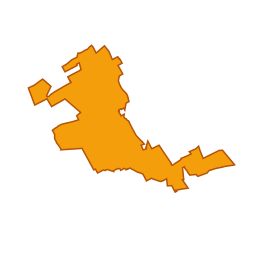 Teya, Yucatán, Mexico (Robinson projection), rotated 326°
{"feature_id": "50627088B95040904280046", "entity_name": "Teya", "entity_type": "district", "adm_level": 2, "iso_a3": "MEX", "parent_name": "Mexico", "parent_adm1": "Yucatán", "projection": "robinson", "projection_center": [-89.064, 21.057], "detail": "fine", "context": "isolated", "style": "filled", "palette": "amber", "viewbox_px": 256, "rotation_deg": 326, "n_neighbors": 0, "source": "geoboundaries", "source_scale": "gbopen_adm2", "svg_char_len": 3602}
<svg xmlns="http://www.w3.org/2000/svg" viewBox="0 0 256 256"><g transform="rotate(326 128 128)"><path d="M195.8,218.1L193.9,199.2L193.5,199.1L191.2,197.6L173.3,195.2L175.2,186.5L175.8,184.3L176.4,182.6L172.5,183.2L165.5,181.9L165.9,184.8L162.4,184.4L155.0,182.9L154.9,182.9L154.7,183.5L153.2,183.8L148.6,183.7L144.6,183.7L143.5,183.4L143.5,182.7L143.7,181.4L144.1,181.3L144.0,167.7L144.1,159.6L136.1,158.5L137.1,149.9L132.5,153.8L132.6,154.1L131.9,154.1L131.6,155.5L128.3,154.6L129.3,149.6L132.5,150.5L132.4,149.8L132.1,146.9L131.9,146.9L130.6,139.1L130.6,138.9L130.6,137.7L130.9,135.2L131.3,131.0L132.0,125.4L132.3,123.6L132.5,123.4L132.3,122.1L131.7,121.3L131.6,120.6L131.7,120.0L131.6,119.2L131.1,118.7L130.7,117.6L130.8,117.0L130.8,116.7L131.0,116.1L132.2,114.8L132.3,114.7L132.6,114.4L129.1,114.1L129.4,109.1L130.3,109.2L130.4,107.9L132.7,108.1L132.9,109.0L135.6,109.1L135.4,111.3L140.3,106.3L141.5,106.5L143.6,106.6L143.7,105.8L144.1,105.4L145.7,100.8L145.7,100.7L145.8,100.4L145.9,98.6L145.7,96.9L145.1,94.1L144.9,92.3L144.9,90.8L145.1,89.5L145.4,87.5L145.7,86.0L146.3,83.8L146.9,82.9L149.9,80.0L150.7,80.1L152.2,80.2L153.9,80.3L154.7,70.5L159.4,71.0L159.8,65.8L159.3,65.8L159.4,63.2L153.3,62.5L155.0,53.9L154.4,46.7L143.5,48.0L144.3,41.3L144.0,39.1L141.2,39.3L139.5,39.8L138.3,40.0L135.9,39.5L131.1,39.3L130.6,38.9L129.5,38.8L128.4,37.9L125.2,40.8L119.8,40.0L112.9,40.7L107.7,40.4L107.2,46.2L119.6,47.6L120.8,47.7L121.0,46.4L124.0,46.7L121.7,53.4L120.4,53.2L120.3,53.4L116.8,53.0L106.7,51.9L106.1,56.8L106.4,56.8L106.3,58.4L97.2,57.6L96.5,57.6L94.1,57.4L89.1,57.1L87.6,57.0L85.2,57.0L82.9,57.0L81.8,57.1L80.6,57.5L80.2,57.5L78.5,57.0L78.4,55.9L81.0,54.2L82.0,53.6L84.1,52.4L86.2,51.1L87.4,50.4L86.4,46.5L85.6,43.5L84.6,39.7L74.4,40.1L67.8,39.1L63.5,56.8L77.1,58.5L76.6,67.5L92.0,68.7L97.4,88.6L92.3,89.2L91.6,93.6L84.8,91.5L76.9,88.4L75.2,87.9L71.6,87.3L69.3,87.6L68.7,87.5L67.7,87.5L67.1,87.5L66.5,87.5L65.0,87.5L64.1,87.6L63.9,89.0L63.8,90.4L63.6,91.8L63.4,92.5L63.1,93.2L62.4,94.1L61.8,94.8L61.5,95.4L61.2,96.0L61.1,96.4L61.0,97.0L61.0,97.7L60.9,98.6L60.8,99.4L60.6,99.9L60.5,100.3L60.5,100.7L60.6,101.1L60.6,101.7L60.7,104.8L60.6,108.5L60.4,108.5L60.2,108.6L78.5,119.2L77.4,131.2L76.2,143.6L78.0,143.9L77.6,148.3L83.0,148.9L84.0,149.0L85.3,150.5L86.8,150.6L87.6,150.8L91.8,156.2L92.3,155.5L92.9,155.5L93.4,155.5L93.8,155.5L94.6,155.6L95.4,155.7L96.5,156.0L97.1,156.2L97.6,156.5L98.1,156.8L98.5,157.1L98.3,158.5L98.2,159.0L99.6,159.2L100.2,159.2L100.9,159.3L101.6,159.4L102.5,159.5L102.8,160.4L103.0,161.6L103.5,161.5L104.6,161.5L104.5,161.9L105.5,162.1L107.3,162.3L107.8,163.5L108.0,164.1L108.7,165.0L110.1,167.8L110.7,169.0L111.5,170.4L112.4,171.2L112.8,172.1L113.0,172.2L113.5,172.7L114.6,174.7L114.3,176.8L114.4,177.5L114.2,178.3L114.1,178.9L113.9,180.4L113.7,182.2L115.9,182.4L119.3,182.8L119.8,183.6L120.2,184.3L120.3,184.4L121.4,185.9L122.3,186.9L123.6,188.9L123.9,189.2L124.5,189.7L125.4,190.8L127.2,191.0L127.2,191.3L129.5,191.5L131.6,191.7L128.3,198.0L132.1,200.3L131.9,201.4L131.7,203.3L131.5,204.7L131.2,207.5L133.0,207.7L132.8,206.3L133.5,206.6L135.9,207.7L137.1,208.2L137.6,208.4L139.1,209.0L140.4,209.7L140.8,209.9L141.5,210.2L142.5,210.7L143.1,211.0L143.6,211.2L144.2,211.5L144.1,201.4L145.3,202.1L151.0,191.4L153.0,191.7L152.9,192.1L152.6,193.6L152.9,196.1L152.9,196.6L152.8,197.8L152.7,198.9L152.9,201.7L153.9,202.1L158.5,204.7L158.8,207.1L159.0,207.2L168.4,209.5L170.3,208.9L171.5,208.7L173.5,209.3L177.7,210.5L181.5,212.0L183.8,213.0L186.4,213.9L187.8,214.5L188.8,214.9L189.3,215.2L194.5,217.7L195.8,218.1Z" fill="#f59e0b" stroke="#b45309" stroke-width="1.5"/></g></svg>